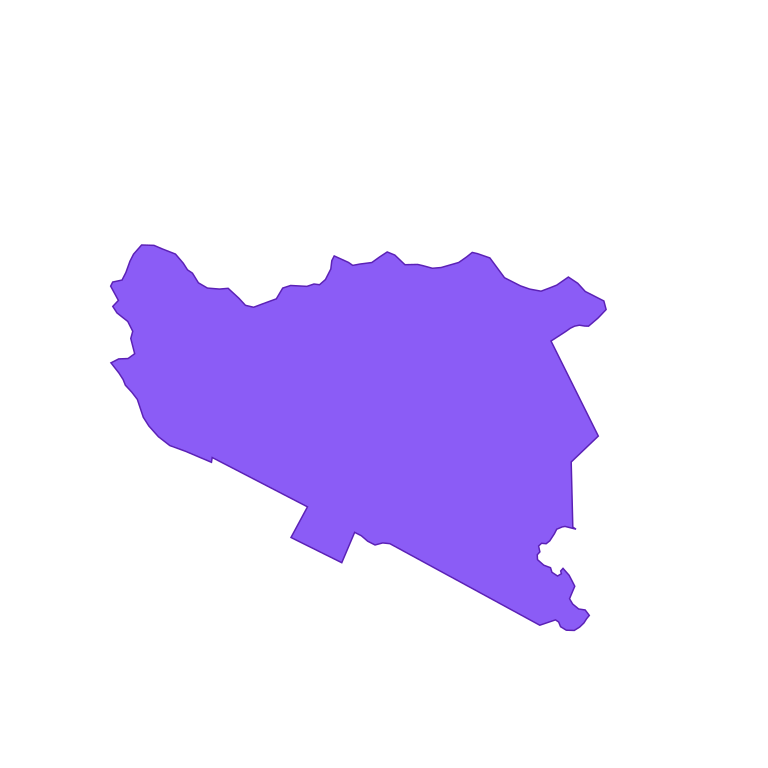 outline of Rembau, Negeri Sembilan, Malaysia, rotated 297°
{"feature_id": "92858781B48493388019423", "entity_name": "Rembau", "entity_type": "district", "adm_level": 2, "iso_a3": "MYS", "parent_name": "Malaysia", "parent_adm1": "Negeri Sembilan", "projection": "robinson", "projection_center": [102.108, 2.564], "detail": "fine", "context": "isolated", "style": "filled", "palette": "violet", "viewbox_px": 768, "rotation_deg": 297, "n_neighbors": 0, "source": "geoboundaries", "source_scale": "gbopen_adm2", "svg_char_len": 1873}
<svg xmlns="http://www.w3.org/2000/svg" viewBox="0 0 768 768"><g transform="rotate(297 384 384)"><path d="M278.9,131.1L273.4,142.9L269.5,149.6L265.5,154.1L262.2,163.0L258.3,171.2L245.1,184.6L239.8,193.6L234.6,207.0L231.9,221.1L233.9,237.5L235.9,265.8L240.5,264.3L239.8,371.6L205.0,370.8L205.6,427.5L238.5,425.2L238.5,432.7L236.5,440.9L236.5,449.1L241.8,455.0L244.4,461.7L239.8,632.3L251.7,643.9L251.2,647.7L247.9,651.5L247.4,658.2L250.8,665.4L256.3,668.7L261.8,670.6L266.8,671.1L271.0,672.0L274.0,665.8L271.9,659.6L273.6,652.0L276.9,646.8L283.3,646.3L290.4,645.8L294.2,640.6L297.6,635.8L301.0,627.2L297.6,626.3L295.5,628.2L291.7,625.8L292.5,619.1L295.9,615.8L295.1,608.6L297.2,600.5L301.4,598.1L305.2,599.1L309.8,595.3L313.6,596.7L315.3,601.0L319.5,602.9L327.9,603.8L333.0,603.8L337.6,607.7L339.3,610.0L341.8,621.0L342.2,617.2L399.5,586.2L434.9,598.6L498.1,513.3L513.7,522.3L518.3,524.7L522.1,527.6L525.1,531.4L526.8,536.6L528.4,540.0L539.8,544.7L543.0,545.7L551.2,548.1L557.8,542.2L557.8,533.2L557.8,521.3L561.7,510.9L563.0,499.7L550.5,493.0L544.6,487.8L538.0,481.8L534.7,470.7L533.4,461.0L533.4,450.6L533.4,443.1L544.4,421.1L542.6,408.1L541.3,402.9L534.7,399.9L526.2,395.4L513.7,382.0L509.1,374.6L507.1,364.9L505.8,359.7L499.8,348.5L503.8,335.1L503.1,326.9L495.2,322.4L486.7,318.0L480.1,308.3L475.5,302.3L476.2,297.1L475.5,281.5L470.2,281.5L462.3,284.4L450.5,284.4L443.2,281.5L441.3,276.2L436.0,271.0L429.4,256.1L423.5,250.2L411.0,249.4L399.8,239.0L393.2,233.0L391.2,224.8L394.5,215.9L398.5,201.7L393.9,194.3L389.3,183.1L389.9,172.7L395.8,163.0L396.5,157.1L400.5,150.3L405.1,139.2L403.7,125.0L403.1,116.1L397.8,104.9L386.0,101.9L378.1,101.9L366.2,103.4L357.7,103.4L351.7,96.0L347.1,96.0L337.9,109.4L330.0,107.1L326.1,113.8L323.4,127.3L316.9,136.2L309.6,137.7L297.8,148.1L290.5,144.4L285.9,136.2L278.9,131.1Z" fill="#8b5cf6" stroke="#5b21b6" stroke-width="1.5"/></g></svg>